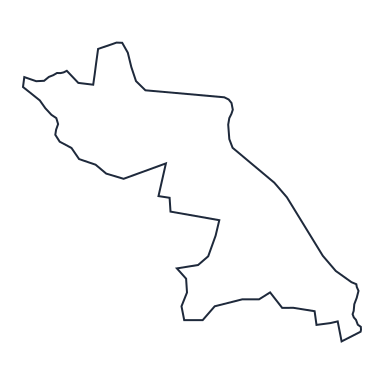 an SVG outline of Valkas
{"feature_id": "LVA-1077", "entity_name": "Valkas", "entity_type": "Municipality", "adm_level": 1, "iso_a3": "LVA", "parent_name": "Latvia", "parent_adm1": "", "projection": "orthographic", "projection_center": [25.917, 57.711], "detail": "fine", "context": "isolated", "style": "outline", "palette": "slate", "viewbox_px": 384, "rotation_deg": 0, "n_neighbors": 0, "source": "natural_earth", "source_scale": "10m", "svg_char_len": 1132}
<svg xmlns="http://www.w3.org/2000/svg" viewBox="0 0 384 384"><path d="M116.5,42.6L122.2,42.8L127.8,52.7L131.3,67.0L136.0,81.1L145.4,90.3L224.3,97.3L228.7,99.5L231.5,103.0L232.8,109.7L231.4,113.9L229.3,118.1L228.2,124.6L229.3,139.1L232.6,147.8L274.3,182.7L286.9,197.3L322.8,255.8L335.8,271.0L351.5,282.2L356.3,284.2L356.8,287.0L358.5,290.9L356.7,297.9L354.3,304.2L353.7,310.9L352.6,314.2L353.8,317.4L356.0,319.9L357.8,324.7L360.8,326.8L361.0,329.7L360.6,331.7L341.6,341.4L337.7,321.4L330.3,323.1L316.5,324.9L314.6,311.2L293.3,307.8L282.2,307.9L270.1,292.4L259.1,299.3L242.4,299.3L214.7,306.3L202.7,320.1L184.2,320.1L181.5,306.3L187.0,292.5L186.1,278.7L176.9,268.4L198.1,265.0L208.2,256.3L215.6,235.7L219.3,220.2L170.5,211.6L169.6,197.8L158.5,196.1L165.9,163.4L123.6,178.8L106.2,173.6L95.6,164.7L79.1,159.1L71.5,148.0L59.7,141.7L55.3,134.8L56.1,129.7L58.1,124.1L56.3,118.1L51.4,114.8L45.3,108.2L39.8,100.4L23.0,87.0L24.3,77.1L36.2,81.2L44.1,80.8L48.9,76.9L53.2,75.2L57.0,73.0L60.5,73.1L63.6,72.4L66.8,70.8L78.3,82.9L93.2,84.7L94.7,74.2L96.0,64.2L98.1,48.9L112.3,44.1L116.5,42.6Z" fill="none" stroke="#1e293b" stroke-width="2"/></svg>